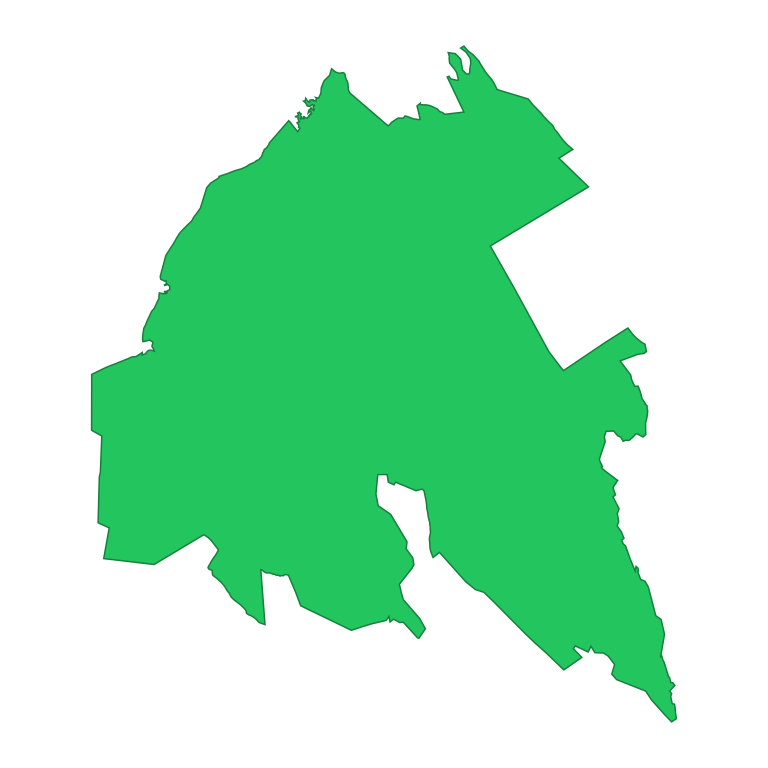 San Lucas Ojitlán, Oaxaca, Mexico
{"feature_id": "50627088B65217892760777", "entity_name": "San Lucas Ojitlán", "entity_type": "district", "adm_level": 2, "iso_a3": "MEX", "parent_name": "Mexico", "parent_adm1": "Oaxaca", "projection": "robinson", "projection_center": [-96.36, 18.035], "detail": "fine", "context": "isolated", "style": "filled", "palette": "green", "viewbox_px": 768, "rotation_deg": 0, "n_neighbors": 0, "source": "geoboundaries", "source_scale": "gbopen_adm2", "svg_char_len": 6067}
<svg xmlns="http://www.w3.org/2000/svg" viewBox="0 0 768 768"><path d="M671.6,721.9L676.4,718.7L675.5,712.8L675.0,706.7L674.5,704.2L672.2,703.6L670.7,696.5L671.6,693.6L669.6,691.1L674.8,685.5L672.9,682.8L670.7,682.5L669.5,677.3L668.7,677.1L664.1,662.1L663.0,660.3L661.6,655.7L660.7,656.4L664.5,634.3L661.1,619.5L655.8,615.7L648.3,587.0L645.1,581.3L640.7,579.4L637.6,571.7L638.5,571.1L638.1,568.3L636.1,566.4L635.2,571.0L630.2,559.0L625.5,545.8L623.3,544.0L621.6,540.2L624.0,538.3L621.4,532.0L617.2,525.9L618.7,521.4L617.3,513.6L619.1,508.8L613.0,496.9L615.5,494.8L613.0,487.8L614.8,484.4L615.6,484.1L616.2,482.4L617.7,480.5L605.1,471.0L601.8,468.0L601.4,467.2L602.5,466.6L600.2,462.0L599.4,459.1L605.2,441.6L604.4,436.6L606.1,431.3L613.7,431.0L617.7,435.8L620.8,437.2L623.2,441.3L625.6,440.2L628.6,440.4L629.6,440.0L632.8,437.2L635.8,433.9L637.1,433.8L643.0,437.0L645.9,434.5L645.7,433.2L645.6,422.9L646.9,417.7L647.4,414.6L647.7,410.2L647.2,409.3L647.1,405.8L645.2,404.1L645.5,403.8L642.1,398.7L640.5,392.6L638.2,386.2L634.7,386.3L631.7,379.8L630.7,375.0L620.1,360.9L637.8,354.3L644.4,353.3L645.3,352.2L646.5,351.7L645.0,344.3L641.7,342.3L636.0,337.8L632.7,334.3L627.9,328.0L604.7,342.8L563.5,370.6L560.0,366.4L548.9,351.7L514.7,289.0L490.3,246.0L588.5,186.9L558.9,158.2L572.8,149.4L567.4,144.8L562.8,139.9L557.4,132.5L554.9,129.8L552.8,125.5L547.7,120.7L543.4,116.1L541.3,113.4L532.7,104.6L528.2,99.0L497.2,89.6L493.6,82.4L491.3,78.9L488.0,75.2L485.8,72.4L480.4,63.9L479.0,61.2L473.0,54.6L468.4,51.3L463.9,46.1L460.6,48.1L466.0,52.1L470.2,58.3L470.6,60.6L470.7,63.9L469.7,69.8L469.8,71.2L469.7,72.5L469.0,73.9L466.6,74.1L462.6,70.1L460.6,59.0L455.2,53.6L448.2,52.6L449.4,56.6L449.1,58.4L449.6,63.1L454.3,68.9L456.0,71.4L456.9,73.3L458.2,78.7L458.3,80.0L457.1,80.3L450.7,78.9L449.0,76.2L447.2,77.0L463.9,112.1L444.7,114.3L442.7,112.6L439.7,111.6L437.3,109.0L432.0,106.4L428.7,105.3L426.1,104.9L423.0,104.9L420.1,104.4L420.2,103.3L417.0,106.0L418.5,111.8L420.1,119.4L418.4,119.6L416.0,119.1L414.2,119.1L407.0,116.4L405.0,116.0L403.3,118.2L398.4,118.0L395.6,119.6L391.5,122.4L389.7,124.6L388.1,125.9L350.0,93.1L348.9,91.1L348.5,89.8L347.8,82.8L345.5,77.4L345.2,75.0L344.6,73.7L344.0,73.0L342.9,72.7L339.5,73.2L338.6,73.1L335.3,71.9L331.6,68.8L329.6,75.3L324.2,80.7L323.7,81.6L321.3,87.7L321.0,92.0L320.7,93.6L318.5,98.2L315.7,97.5L316.5,98.7L316.0,101.1L315.3,100.4L313.5,100.9L313.1,99.7L310.1,100.0L309.8,100.8L309.9,101.9L309.3,102.3L307.6,101.1L305.7,98.3L305.3,100.7L303.6,101.1L305.9,103.3L307.2,105.9L309.2,106.4L312.8,104.6L313.9,105.0L314.4,105.6L313.2,106.4L313.2,107.9L313.5,108.8L314.3,109.4L313.8,110.4L312.7,109.4L312.0,109.5L311.7,109.2L311.0,107.7L310.0,109.3L308.9,110.1L308.2,113.0L310.2,111.3L310.8,111.5L311.3,112.4L310.9,113.4L309.8,114.7L310.6,114.5L308.4,116.6L307.2,118.2L305.5,117.8L303.9,116.5L303.5,116.7L303.4,117.6L303.9,118.5L303.8,118.8L301.5,118.2L300.9,119.1L300.5,118.9L300.2,118.3L301.2,117.6L301.5,116.9L300.4,115.6L301.1,113.9L299.9,113.4L299.7,112.6L299.4,112.2L297.7,113.0L298.3,114.5L297.9,115.8L295.5,116.5L295.5,116.8L296.5,117.0L297.4,116.7L297.9,117.2L298.0,118.5L298.5,120.2L299.6,121.7L297.4,122.4L297.0,122.8L298.4,124.5L298.9,125.3L298.5,127.1L299.9,128.3L297.7,131.7L292.1,124.8L290.7,122.7L288.7,120.7L269.2,143.1L268.6,145.1L267.7,146.1L266.9,147.5L265.5,148.7L264.7,149.1L264.0,150.1L263.7,151.3L263.0,152.3L261.7,156.2L261.2,157.1L259.9,158.3L259.4,159.2L255.4,161.4L255.0,162.0L249.8,164.3L245.7,166.9L241.2,168.9L235.4,170.5L226.8,173.8L219.0,176.4L219.3,177.3L218.0,178.4L210.6,183.1L206.7,187.7L200.4,208.1L195.8,214.6L194.7,215.8L193.1,218.3L192.0,220.5L191.3,221.4L187.3,225.1L180.9,231.7L179.3,233.7L176.5,238.2L173.6,243.5L170.6,247.9L165.8,255.6L160.2,276.6L160.7,279.2L164.8,281.2L166.2,280.8L166.2,284.3L164.5,284.9L164.6,285.4L167.0,284.8L167.5,284.2L169.8,286.4L169.7,289.9L168.9,290.1L165.7,291.6L164.6,291.5L164.5,292.0L165.5,292.3L166.7,291.7L167.2,292.5L166.9,293.1L165.6,293.6L163.6,293.7L159.3,292.9L158.9,296.8L159.0,298.6L158.4,299.4L154.3,308.3L151.6,311.4L146.7,321.9L145.3,325.4L143.8,328.3L142.7,336.1L142.6,339.6L142.8,339.8L142.8,341.5L143.8,341.6L149.5,340.1L152.5,341.8L153.0,343.6L152.3,344.4L152.0,346.6L153.4,348.8L154.4,351.2L151.5,350.2L149.2,350.2L147.3,351.3L145.4,353.8L142.1,355.0L142.2,352.5L136.2,356.5L131.6,357.0L128.0,358.7L105.9,367.5L91.7,374.4L91.6,430.3L101.8,436.0L100.4,471.9L99.3,477.1L98.1,522.8L109.2,527.9L103.7,558.6L154.1,564.5L203.5,534.9L204.8,535.3L208.0,537.4L211.2,540.4L218.3,549.7L218.0,550.9L216.5,553.6L215.0,555.9L212.6,559.2L208.5,566.4L208.0,567.6L208.7,568.9L209.9,569.6L211.5,570.0L212.3,570.9L212.3,573.6L212.9,575.2L214.1,576.4L216.7,578.2L219.6,581.0L220.4,581.4L224.6,586.3L227.2,590.9L229.4,593.4L230.0,594.9L231.4,597.4L234.1,599.9L241.0,605.2L244.8,609.0L246.1,610.7L246.4,613.1L247.0,613.7L249.3,615.1L250.9,615.6L254.1,617.6L255.9,619.0L259.1,622.5L265.0,624.6L260.8,569.6L262.4,570.3L263.3,571.2L265.4,572.5L267.2,573.0L269.1,572.9L270.4,573.1L273.4,574.3L274.8,574.3L275.7,575.0L279.2,575.5L280.0,576.1L281.6,575.6L283.5,575.7L284.8,574.5L288.4,575.1L295.5,591.9L300.7,605.8L351.4,630.3L361.9,626.8L371.8,623.8L386.2,620.4L389.0,616.4L390.0,621.9L393.6,619.2L399.8,622.5L403.3,622.2L417.3,637.6L418.9,638.3L425.4,628.8L419.7,618.5L403.3,599.6L401.5,593.4L399.4,584.2L412.1,568.2L413.9,564.7L412.8,557.9L406.2,548.9L407.0,541.7L390.7,514.4L378.2,505.7L375.9,494.0L377.8,474.6L387.2,474.6L388.3,482.2L393.9,484.8L395.6,482.2L416.0,490.7L422.1,489.1L424.0,490.7L426.0,500.3L426.7,505.6L426.8,508.3L427.7,512.4L428.3,516.9L429.7,522.7L429.8,524.4L430.2,526.3L430.2,529.0L430.5,532.7L429.4,538.0L429.4,539.6L429.9,544.4L429.9,547.1L430.3,549.7L431.0,552.2L432.0,554.7L432.3,555.9L433.1,557.5L439.5,552.4L465.6,581.6L475.3,589.5L483.9,592.3L493.2,601.3L524.6,633.0L534.7,642.7L546.6,653.3L563.8,669.9L581.8,657.4L573.4,648.7L575.2,645.9L588.1,652.0L591.0,646.3L594.9,652.7L603.4,653.0L608.2,656.1L614.6,664.5L611.8,674.1L616.6,679.6L645.7,691.1L651.5,699.9L663.7,713.6L671.6,721.9Z" fill="#22c55e" stroke="#15803d" stroke-width="1.5"/></svg>